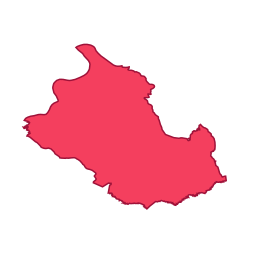 the district of Santa Bárbara De Pinto, Magdalena, Colombia, rotated 97°
{"feature_id": "7082276B88676638164963", "entity_name": "Santa Bárbara De Pinto", "entity_type": "district", "adm_level": 2, "iso_a3": "COL", "parent_name": "Colombia", "parent_adm1": "Magdalena", "projection": "equal_earth", "projection_center": [-74.604, 9.526], "detail": "fine", "context": "isolated", "style": "filled", "palette": "rose", "viewbox_px": 256, "rotation_deg": 97, "n_neighbors": 0, "source": "geoboundaries", "source_scale": "gbopen_adm2", "svg_char_len": 5850}
<svg xmlns="http://www.w3.org/2000/svg" viewBox="0 0 256 256"><g transform="rotate(97 128 128)"><path d="M54.4,189.5L56.7,186.8L59.6,182.1L62.1,180.0L65.9,175.5L68.0,174.0L69.5,173.5L74.3,173.5L77.0,174.5L79.0,175.7L81.1,177.9L83.6,181.7L86.2,186.3L87.5,189.9L88.0,191.9L88.0,194.1L87.7,198.5L88.0,201.7L89.5,204.6L91.7,206.4L92.9,207.1L94.0,207.3L96.6,207.6L97.9,207.4L102.1,205.8L104.9,203.1L108.9,200.7L109.8,200.6L110.4,201.2L112.4,204.5L114.1,206.2L116.3,207.4L119.4,208.2L122.6,209.6L124.4,211.0L125.0,212.9L125.2,216.6L125.6,218.6L127.3,222.9L128.2,226.1L129.5,228.8L130.7,230.5L131.7,231.2L133.1,231.9L133.4,230.4L133.6,227.9L133.7,227.6L134.4,228.3L134.7,226.4L135.4,226.5L136.7,227.4L137.4,228.1L137.6,229.1L138.5,229.5L138.7,230.0L139.1,229.7L139.1,230.2L139.6,231.1L140.2,231.3L140.1,231.9L141.1,231.1L140.9,230.2L139.9,229.4L139.6,228.3L138.8,227.9L138.8,227.5L139.8,227.4L141.1,228.4L141.8,228.4L141.8,228.1L142.3,228.3L142.6,227.6L142.3,226.4L143.7,225.3L143.7,225.6L144.8,226.2L145.5,224.8L147.2,227.0L148.3,227.3L148.3,226.1L149.1,224.1L152.9,218.2L153.6,216.4L156.3,213.0L157.5,212.0L158.0,210.8L158.4,208.8L158.4,207.0L157.6,204.5L158.2,201.8L160.8,198.4L162.5,197.2L164.8,192.7L165.9,192.1L166.0,190.8L165.7,186.4L165.4,185.8L165.2,183.3L164.4,180.0L164.0,177.6L164.3,176.1L164.9,175.1L165.4,173.6L166.6,171.5L168.8,169.0L169.5,168.5L170.4,166.9L171.7,166.1L173.2,164.4L173.6,162.7L173.8,160.6L174.4,158.3L176.5,154.7L177.5,154.2L179.8,155.6L182.1,153.6L182.7,153.4L184.0,154.0L184.3,154.5L185.6,155.7L186.6,155.7L189.5,146.1L185.1,140.7L185.0,138.0L186.2,138.0L187.0,139.2L194.9,139.7L194.7,139.0L195.3,138.4L195.4,138.1L195.3,137.8L194.8,137.6L194.7,136.2L195.7,135.4L195.9,135.9L196.3,135.4L196.9,135.8L197.4,135.3L197.5,134.9L197.8,134.9L197.5,134.1L197.6,132.5L197.9,132.4L198.2,132.8L198.4,131.9L199.2,131.1L199.5,131.2L199.7,130.9L199.9,127.9L200.6,127.4L200.5,128.0L201.2,127.8L200.6,126.8L201.0,125.2L201.6,125.0L201.5,124.4L202.4,123.6L202.4,123.0L202.9,123.6L202.8,122.8L203.4,122.8L203.6,122.2L203.7,121.3L203.1,121.1L203.5,120.2L203.1,119.6L203.5,119.4L203.7,118.7L202.6,117.4L202.7,115.9L202.3,114.0L202.3,113.5L201.8,112.8L202.1,111.7L201.9,111.3L201.8,109.6L201.5,109.4L201.7,108.6L201.2,108.3L201.3,107.2L201.5,106.7L201.3,106.2L201.6,105.8L201.6,105.0L202.2,104.5L202.2,103.5L202.7,102.4L203.6,102.8L203.7,102.2L204.3,102.3L204.4,101.5L204.9,101.4L204.8,100.6L205.3,100.5L206.0,99.4L202.6,96.6L197.6,91.6L197.7,89.7L196.9,88.4L197.0,87.3L196.4,87.0L195.9,86.2L196.5,83.1L196.2,82.8L196.8,81.6L196.4,81.0L196.6,80.4L196.4,79.7L197.0,79.6L196.7,79.2L197.1,78.9L196.8,78.6L197.3,77.7L196.7,78.1L196.7,77.3L197.1,77.3L197.2,77.0L196.5,76.4L196.9,76.1L196.8,75.5L197.0,75.7L197.5,75.3L197.4,75.1L197.8,74.4L197.4,74.1L197.5,73.5L198.1,73.7L198.6,73.0L198.4,72.2L198.9,72.0L198.9,71.1L198.0,70.9L197.7,69.9L197.1,70.4L197.1,69.7L196.3,68.9L195.7,68.9L195.2,66.4L194.8,66.3L194.4,66.9L194.1,65.7L192.4,65.4L192.7,65.1L192.6,64.2L192.2,64.4L192.0,63.9L191.2,64.0L191.1,62.9L190.7,62.8L190.9,62.4L190.6,62.3L190.3,61.1L190.0,61.1L189.9,60.8L189.5,61.2L189.6,60.6L188.9,60.8L189.2,59.6L188.5,60.1L187.4,60.0L187.0,59.6L186.6,57.9L187.0,57.3L186.6,56.2L187.3,55.8L186.6,55.2L187.3,54.9L186.8,54.6L187.0,54.2L186.9,53.9L187.4,53.6L186.8,53.2L187.3,52.7L186.9,52.5L186.7,51.7L186.2,52.3L185.9,52.1L186.1,50.9L185.2,50.8L184.6,51.3L184.6,50.8L184.3,50.2L184.4,49.7L183.9,49.9L183.6,49.1L183.7,48.3L183.2,47.6L183.3,47.1L183.1,46.7L183.3,45.9L183.6,43.7L183.0,43.5L182.8,43.3L182.8,43.0L181.6,42.4L180.7,42.7L180.1,41.0L179.8,40.8L179.7,39.7L178.8,39.3L179.1,38.8L178.9,38.4L178.6,38.6L178.3,38.3L178.1,39.0L177.8,39.1L177.2,38.3L176.6,38.1L176.5,37.5L176.3,37.7L175.6,37.4L175.4,36.7L174.9,36.3L173.4,36.3L173.2,35.6L172.3,34.8L171.8,35.0L171.8,34.4L171.0,34.1L171.0,33.6L170.6,33.6L170.9,32.0L170.7,31.0L170.3,30.3L170.7,29.8L170.3,29.4L170.5,29.0L170.0,28.9L170.2,28.0L170.1,27.6L170.0,27.9L169.4,27.6L169.7,26.8L169.5,26.6L169.2,27.0L168.7,25.7L168.7,24.6L168.3,24.1L163.9,25.2L164.1,26.2L165.1,28.5L164.4,29.1L163.2,29.9L162.5,30.9L161.5,31.6L155.9,34.0L154.4,36.4L153.3,36.6L150.6,37.9L150.6,37.0L150.3,37.0L150.4,38.0L149.5,38.2L148.3,39.2L147.3,40.8L146.3,41.5L145.6,42.5L142.9,42.4L142.0,42.8L140.9,41.4L141.1,41.4L140.9,41.0L140.4,40.7L140.5,40.3L139.5,39.9L138.9,39.2L137.8,39.4L137.6,39.2L134.9,39.4L131.5,40.0L128.0,41.3L126.2,43.0L125.7,44.3L123.7,44.8L122.3,46.8L121.9,47.9L119.8,48.8L118.6,51.2L118.3,52.9L117.2,54.7L115.8,56.3L116.1,56.4L116.3,57.3L116.8,57.7L118.9,57.6L119.6,58.2L119.9,57.8L120.0,56.9L121.1,56.6L121.2,56.9L120.7,59.2L121.0,59.3L121.3,58.3L122.1,58.9L122.4,59.9L123.0,60.8L122.7,61.6L122.8,62.3L123.3,62.4L123.4,62.9L123.9,63.5L124.5,63.6L124.8,63.3L125.6,63.5L126.4,64.6L127.6,65.2L130.5,65.0L130.9,65.4L130.7,66.1L131.0,66.5L131.4,65.3L132.1,64.9L133.1,66.1L133.0,67.0L132.1,67.4L131.4,68.6L131.2,73.3L131.4,74.6L132.0,76.1L132.0,81.3L129.9,90.0L125.4,94.0L123.2,94.7L120.6,96.3L116.3,98.1L115.3,98.9L113.2,99.3L111.4,102.6L109.9,103.7L108.8,105.3L107.2,105.5L105.8,106.4L103.8,106.6L102.9,107.2L102.3,108.1L101.6,110.5L101.2,111.1L98.6,112.1L97.8,113.2L97.1,114.9L96.4,115.5L95.9,115.4L95.4,112.1L94.9,110.9L93.9,111.2L92.7,112.1L91.9,112.3L91.7,111.7L91.9,109.8L91.6,109.3L89.9,110.0L88.7,109.7L87.0,110.2L85.8,108.2L84.5,107.0L83.4,106.8L82.5,107.3L81.9,108.6L81.8,110.1L82.0,111.7L81.7,112.4L79.4,115.2L78.1,116.0L76.8,116.1L75.6,117.1L74.7,118.4L74.6,121.3L72.8,122.6L72.1,123.5L71.2,126.5L71.5,128.2L70.7,129.2L70.3,131.4L70.5,133.9L70.3,134.8L70.1,135.1L69.7,135.1L68.3,134.2L67.2,134.3L67.8,135.8L68.2,137.8L68.3,140.8L68.1,141.2L67.0,141.6L67.6,143.5L68.0,146.0L67.9,147.8L67.3,150.1L59.8,163.6L57.4,166.8L55.2,169.2L53.2,170.3L52.0,171.2L51.2,172.5L50.3,175.0L50.0,178.9L50.5,182.3L51.8,185.5L53.3,188.3L54.4,189.5Z" fill="#f43f5e" stroke="#9f1239" stroke-width="1.5"/></g></svg>